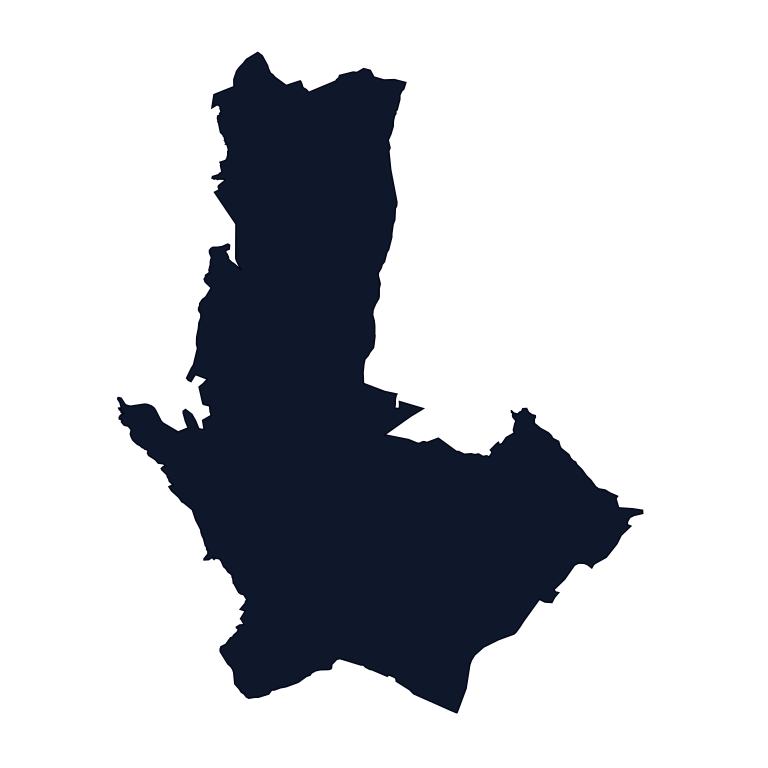 outline of Moraresti, Arges, Romania, rotated 183°
{"feature_id": "2599482B44470613349650", "entity_name": "Moraresti", "entity_type": "district", "adm_level": 2, "iso_a3": "ROU", "parent_name": "Romania", "parent_adm1": "Arges", "projection": "equal_earth", "projection_center": [24.544, 44.995], "detail": "fine", "context": "isolated", "style": "filled", "palette": "ink", "viewbox_px": 768, "rotation_deg": 183, "n_neighbors": 0, "source": "geoboundaries", "source_scale": "gbopen_adm2", "svg_char_len": 6117}
<svg xmlns="http://www.w3.org/2000/svg" viewBox="0 0 768 768"><g transform="rotate(183 384 384)"><path d="M570.3,650.8L565.1,654.3L562.6,652.8L562.0,651.7L562.2,650.4L561.1,648.3L561.1,647.1L562.2,645.6L561.4,645.1L561.6,644.3L564.1,642.9L564.2,640.1L563.5,638.8L563.7,637.4L562.9,636.2L560.4,626.6L557.6,624.3L557.6,623.4L556.2,622.0L556.3,621.2L555.6,620.5L556.1,618.8L554.8,617.8L555.1,617.0L553.7,615.9L554.6,615.2L553.2,614.7L551.5,609.4L552.2,608.2L552.0,604.8L552.6,601.3L553.8,599.0L559.4,596.8L558.3,595.1L558.7,593.7L557.0,587.6L557.3,587.0L559.2,585.7L560.1,584.4L566.1,582.2L566.5,580.6L564.2,579.7L562.8,580.4L560.9,579.5L559.8,580.0L555.0,580.2L553.7,579.7L553.4,579.0L559.6,573.4L559.9,572.0L558.7,569.3L563.3,566.6L540.2,536.0L538.6,501.8L537.8,499.5L532.6,490.4L541.0,496.9L542.1,497.2L545.7,500.4L546.1,502.6L547.7,505.8L549.1,507.1L548.8,509.2L545.6,510.6L545.5,514.6L546.6,515.4L547.7,515.4L552.5,512.9L556.8,511.9L562.2,511.5L563.8,510.4L565.3,508.3L565.1,505.9L562.9,501.2L563.8,497.7L563.7,494.0L564.8,488.4L564.1,486.8L564.8,485.6L567.7,483.5L568.0,482.7L567.7,481.9L569.1,479.3L567.9,476.5L561.5,471.0L566.6,461.5L569.8,458.9L572.2,454.8L572.2,452.4L573.1,450.2L573.0,447.8L570.6,444.6L570.3,440.7L572.0,435.5L572.2,430.1L573.5,420.9L573.3,414.0L572.1,409.9L575.2,393.2L577.3,389.4L581.4,379.6L579.8,377.6L576.9,376.3L572.9,383.6L560.6,379.7L564.5,374.9L568.5,371.4L563.9,355.0L563.2,354.2L557.0,353.0L556.1,346.8L555.6,346.3L555.0,343.5L563.2,338.2L561.3,329.5L562.7,329.1L565.8,329.4L566.8,329.9L570.1,337.1L574.1,343.5L580.9,348.2L583.1,346.3L583.0,344.6L580.4,336.6L577.2,329.9L587.1,325.3L603.1,333.7L604.8,335.6L611.0,346.3L612.3,348.0L614.9,349.8L619.1,351.2L621.9,351.4L635.7,348.6L637.8,348.8L640.2,349.4L641.7,350.4L645.8,356.1L648.6,356.6L649.1,356.0L649.1,355.0L646.6,351.5L644.9,345.8L645.5,344.9L646.6,346.2L647.7,346.0L646.8,344.4L645.3,343.6L645.0,341.9L642.5,341.6L642.5,341.0L643.6,340.7L646.0,338.3L646.7,336.3L646.5,335.2L643.8,334.4L644.2,332.4L641.4,329.3L637.2,328.5L634.0,325.1L634.7,320.7L633.5,317.5L631.7,314.6L627.5,311.1L624.3,309.6L622.1,307.8L620.9,307.6L619.5,306.4L617.5,306.2L616.0,304.1L616.6,302.6L615.2,300.3L608.6,296.6L605.2,293.1L600.1,292.8L598.1,290.8L600.6,289.5L602.0,287.9L601.3,286.6L596.0,282.0L595.5,280.0L593.8,277.6L593.5,275.9L589.4,272.1L593.4,270.2L590.5,266.2L582.8,259.9L579.7,255.8L577.7,254.9L568.8,248.4L564.8,238.2L559.3,228.8L559.0,226.4L557.5,222.5L556.1,220.2L553.9,213.1L552.7,212.1L552.4,209.2L551.3,208.9L550.9,205.1L554.6,200.0L554.5,198.9L549.9,199.4L546.6,201.9L545.0,201.0L545.4,200.7L544.5,199.9L543.2,201.3L539.2,200.8L537.2,198.5L534.6,193.2L532.3,191.4L530.0,188.2L527.1,186.4L525.4,184.5L525.7,183.3L525.0,183.1L524.0,177.1L523.0,176.4L522.3,174.9L521.5,174.5L521.6,173.8L518.1,168.2L516.0,166.9L513.0,166.3L509.4,161.0L510.9,159.8L511.1,157.8L515.8,151.5L510.6,150.1L515.0,142.0L513.4,140.5L513.1,139.4L511.5,137.4L511.4,136.2L515.4,135.8L518.7,133.5L518.6,132.8L516.6,131.5L517.5,128.7L521.2,125.1L521.6,123.6L524.1,122.4L528.4,115.7L533.1,113.1L533.8,110.2L533.4,108.0L525.3,96.3L522.2,93.8L520.1,91.0L519.0,88.1L517.3,76.7L512.6,71.9L510.4,68.8L507.9,67.3L507.1,67.6L507.1,66.6L505.1,64.3L502.4,63.1L497.3,64.3L492.8,64.7L482.9,68.4L480.5,72.0L479.6,72.6L477.8,72.6L471.5,75.2L465.8,76.6L454.1,81.6L446.1,88.0L442.7,89.3L441.4,91.5L437.4,94.0L432.8,95.3L423.9,96.0L422.1,96.8L421.5,98.0L421.5,101.1L416.8,106.6L413.7,107.5L392.4,102.2L390.5,102.3L389.4,102.0L387.7,100.3L383.3,98.3L381.3,98.1L365.4,92.3L364.0,93.8L358.1,91.6L356.7,90.5L356.2,87.8L342.3,80.0L338.2,76.2L301.2,62.0L294.3,59.5L293.8,59.8L286.1,84.3L283.7,107.9L282.3,112.7L279.4,118.0L270.8,126.5L256.5,134.6L241.0,141.2L239.1,143.2L235.7,148.4L232.1,154.7L217.6,177.2L211.9,174.7L204.9,174.6L202.5,179.8L198.7,184.8L201.8,185.2L203.6,187.5L193.3,198.6L184.4,212.9L181.4,214.8L179.2,215.4L174.5,215.4L171.2,214.2L166.9,211.2L165.4,214.3L163.9,215.8L153.0,222.6L143.0,236.7L139.3,245.3L130.1,255.0L133.8,256.3L133.6,259.4L131.5,263.6L127.4,265.9L118.9,268.3L119.2,271.4L129.2,272.4L143.2,272.6L146.4,281.8L144.9,284.1L152.8,287.1L157.6,289.7L164.1,290.5L167.2,292.4L172.6,299.0L177.0,302.8L181.8,308.8L187.2,313.6L188.6,316.1L191.1,317.2L193.8,319.7L195.6,323.1L203.7,328.9L205.1,331.3L206.6,335.8L212.6,338.5L214.3,341.2L217.3,343.9L225.5,347.9L231.8,352.6L232.1,356.6L231.1,358.8L231.3,360.3L234.9,361.2L238.2,363.3L240.3,367.0L244.1,366.6L245.2,363.7L247.0,363.1L249.0,360.9L252.9,361.8L255.7,364.3L254.9,362.2L254.0,361.5L253.7,360.5L254.0,359.0L253.5,357.7L250.6,354.5L250.4,353.5L251.2,351.6L252.4,344.8L251.4,341.9L259.2,336.9L262.8,330.9L264.9,329.6L266.4,330.1L266.3,331.0L266.8,331.8L269.0,329.7L274.3,323.7L272.6,321.8L272.9,320.3L275.2,316.6L277.6,317.7L281.4,316.8L285.9,319.1L289.6,318.2L293.4,318.9L300.1,318.0L306.0,320.5L308.1,320.4L326.9,332.7L338.3,327.7L340.1,328.5L342.2,328.4L345.5,326.6L347.8,326.7L356.3,329.7L380.8,333.3L355.7,353.2L343.5,361.5L367.7,367.3L367.2,362.5L367.9,360.0L372.2,360.6L371.7,363.9L371.9,369.2L371.3,373.3L370.6,374.6L383.1,376.6L404.5,383.5L405.5,394.1L405.1,402.8L404.4,407.6L401.3,411.6L399.6,415.2L396.4,419.7L396.1,422.4L395.5,431.8L395.9,433.2L396.3,441.6L397.1,446.5L399.0,452.5L398.8,457.0L398.2,459.2L396.5,463.8L393.8,468.9L393.4,471.1L393.8,479.2L393.0,483.8L395.4,491.8L395.5,494.6L392.9,499.6L392.1,503.2L389.9,506.2L388.1,515.4L386.4,518.6L383.9,531.3L384.1,534.1L383.3,543.8L381.8,548.6L381.9,559.8L380.7,562.5L380.6,566.1L388.5,598.3L391.4,617.1L390.3,620.0L392.6,627.8L390.3,633.6L388.3,641.7L388.4,647.3L387.4,652.8L386.2,654.7L386.6,656.9L385.2,658.6L383.1,669.1L383.3,673.3L381.7,677.3L379.6,679.7L378.0,686.2L389.5,688.5L399.9,687.6L410.2,690.0L414.1,696.5L420.9,697.9L427.2,693.7L431.1,693.9L444.5,689.8L445.2,687.3L447.2,685.5L448.0,684.0L474.4,671.3L477.0,674.0L479.4,675.1L481.2,676.8L481.2,678.0L482.7,681.4L483.5,682.3L497.3,677.0L508.9,684.6L511.6,687.3L513.6,688.4L516.0,692.9L516.9,695.8L522.7,705.3L527.4,708.5L538.4,701.0L541.2,696.9L545.2,692.4L547.6,688.5L549.9,680.3L549.4,673.1L568.9,664.1L570.3,650.8Z" fill="#0f172a" stroke="#020617" stroke-width="1.5"/></g></svg>